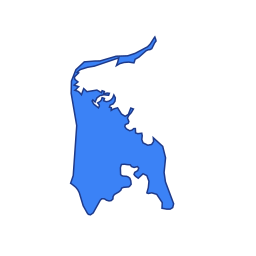 an SVG outline of Dumyat, rotated 290°
{"feature_id": "EGY-1539", "entity_name": "Dumyat", "entity_type": "Governorate", "adm_level": 1, "iso_a3": "EGY", "parent_name": "Egypt", "parent_adm1": "", "projection": "albers", "projection_center": [31.792, 31.35], "detail": "fine", "context": "isolated", "style": "filled", "palette": "blue", "viewbox_px": 256, "rotation_deg": 290, "n_neighbors": 0, "source": "natural_earth", "source_scale": "10m", "svg_char_len": 2333}
<svg xmlns="http://www.w3.org/2000/svg" viewBox="0 0 256 256"><g transform="rotate(290 128 128)"><path d="M219.3,124.6L217.2,123.9L210.7,123.2L209.2,121.9L208.4,120.2L206.8,118.6L198.3,114.0L194.9,111.1L193.6,111.3L191.2,111.3L190.2,106.2L188.2,101.8L185.6,98.2L182.7,95.8L186.8,95.8L190.7,95.3L174.6,75.2L171.2,69.2L166.6,63.2L163.0,61.1L162.9,62.7L157.6,60.2L155.5,61.5L154.2,65.2L149.9,62.7L149.8,63.9L150.0,66.4L149.9,67.5L148.7,66.8L146.5,66.0L145.3,65.2L145.4,68.2L144.8,70.2L143.3,72.9L149.9,72.9L148.1,77.0L153.0,85.8L152.1,90.9L154.2,90.9L154.2,93.3L152.1,93.3L152.8,94.9L153.8,96.7L154.2,98.6L152.1,98.6L151.0,94.0L148.9,90.6L145.6,88.5L141.2,88.2L142.4,85.4L141.1,85.0L138.8,87.5L136.8,93.3L138.8,93.6L139.9,93.1L141.2,90.9L143.4,92.7L145.2,93.4L147.7,93.3L147.7,95.8L145.3,95.8L145.3,98.6L146.6,100.8L148.4,102.3L150.9,103.3L154.2,103.4L152.0,105.8L148.7,106.6L145.6,105.8L143.4,103.4L141.2,103.4L141.4,105.4L140.8,105.8L139.8,105.8L138.8,106.2L140.2,107.3L141.4,108.5L143.4,111.3L138.9,117.0L138.0,121.3L140.9,123.7L147.7,123.8L147.7,126.6L143.5,125.8L140.0,124.4L137.1,124.1L134.4,126.6L132.5,126.6L130.3,124.3L128.2,124.5L126.6,126.8L126.0,130.5L127.3,132.4L129.5,133.7L130.0,135.1L126.0,136.8L126.0,139.1L127.8,142.7L125.6,144.0L121.9,144.9L119.2,147.2L118.6,152.5L120.6,155.8L124.1,156.7L127.5,155.1L122.6,166.9L112.8,173.5L98.6,177.1L90.2,181.6L72.4,196.8L68.5,197.2L66.2,195.4L65.0,192.0L64.2,187.4L69.6,185.7L75.5,177.7L75.2,172.5L73.4,169.4L73.5,167.9L78.9,167.5L85.1,165.9L89.7,162.0L90.2,157.8L84.3,154.8L85.1,151.9L85.7,150.6L86.5,149.5L88.6,149.5L91.3,151.7L94.0,151.8L95.0,150.1L93.0,147.2L93.0,144.4L94.2,142.8L93.3,139.7L92.8,137.1L91.5,134.3L89.5,134.3L87.9,134.5L81.7,137.0L81.1,138.5L81.1,139.7L82.1,143.2L82.1,144.7L81.4,146.9L79.3,148.7L76.2,150.2L74.0,149.5L72.9,148.8L70.7,144.1L69.3,142.6L67.1,142.5L64.9,141.3L60.8,137.9L58.5,137.4L56.1,138.1L54.0,137.0L53.0,135.1L52.8,132.5L53.4,130.0L52.5,127.5L50.6,126.6L36.3,124.3L33.6,122.4L33.3,120.3L34.1,118.9L39.6,112.5L50.6,104.3L52.8,101.9L54.4,99.3L55.2,97.1L56.3,93.7L56.4,93.0L64.6,92.8L112.7,79.0L141.2,62.7L152.8,58.8L165.0,59.1L175.2,64.3L179.7,74.2L181.4,78.7L191.4,92.3L195.7,103.0L200.7,109.3L211.0,118.6L214.3,120.1L222.1,121.9L222.7,122.1L220.5,123.9L219.3,124.6L219.3,124.6Z" fill="#3b82f6" stroke="#1e3a8a" stroke-width="1.5"/></g></svg>